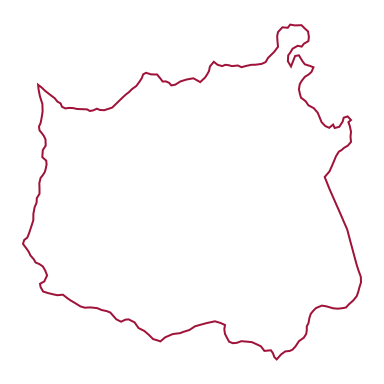 Araras, São Paulo, Brazil
{"feature_id": "56859067B145693711975", "entity_name": "Araras", "entity_type": "district", "adm_level": 2, "iso_a3": "BRA", "parent_name": "Brazil", "parent_adm1": "São Paulo", "projection": "mercator", "projection_center": [-47.322, -22.335], "detail": "fine", "context": "isolated", "style": "outline", "palette": "rose", "viewbox_px": 384, "rotation_deg": 0, "n_neighbors": 0, "source": "geoboundaries", "source_scale": "gbopen_adm2", "svg_char_len": 3089}
<svg xmlns="http://www.w3.org/2000/svg" viewBox="0 0 384 384"><path d="M308.4,41.1L308.9,36.8L308.0,31.4L304.4,28.1L301.5,25.2L294.9,25.4L290.2,24.6L287.7,27.8L282.4,27.3L278.0,32.1L277.2,36.0L277.4,40.3L278.0,46.8L274.0,52.1L268.1,57.8L265.6,62.1L261.6,63.9L255.7,64.7L251.4,64.8L245.8,66.0L241.5,67.2L237.9,65.5L231.9,66.1L228.6,65.2L225.3,64.8L222.2,66.1L217.6,64.8L213.8,61.8L209.9,66.5L209.0,71.1L207.3,74.1L205.1,77.5L200.2,82.1L193.4,78.3L186.7,79.5L180.5,81.4L175.2,84.7L171.3,85.4L169.1,82.8L165.8,81.4L162.6,81.5L160.6,78.8L157.1,74.5L151.1,74.4L146.1,72.8L143.1,74.4L141.9,78.0L139.2,82.1L136.3,86.0L132.0,89.1L128.9,92.2L126.1,94.3L122.8,97.3L112.2,107.6L104.3,110.2L100.0,110.0L96.8,108.7L93.5,110.3L89.9,111.0L87.1,109.4L83.2,109.2L77.0,109.0L73.3,108.1L69.1,107.9L65.3,108.4L62.0,106.8L60.6,103.4L57.4,101.6L54.7,98.2L50.8,95.3L45.3,91.0L41.6,87.5L38.1,84.8L38.6,89.7L39.9,96.2L41.2,100.3L42.4,104.0L42.6,111.6L41.7,117.4L40.6,123.0L39.0,126.5L39.5,130.4L41.9,133.2L43.8,135.9L45.5,139.4L45.7,145.6L42.8,150.1L42.3,157.2L46.2,160.6L46.6,164.4L45.7,168.9L44.7,172.2L42.7,175.3L40.6,177.9L39.3,183.3L39.5,188.2L39.5,193.8L36.8,198.1L36.6,202.6L34.6,207.3L33.4,213.8L33.3,220.4L30.2,229.8L28.9,233.7L27.3,237.6L24.2,240.0L23.0,243.9L26.5,248.6L28.9,252.1L30.4,255.4L33.8,259.3L35.6,262.5L39.4,264.1L42.8,266.4L45.2,270.5L47.1,275.4L44.3,281.4L40.0,283.8L40.6,287.1L43.1,291.5L47.8,293.0L52.2,294.1L57.2,295.2L62.9,294.7L67.5,298.3L70.7,300.5L75.0,303.0L80.4,306.4L84.9,307.7L90.1,307.4L97.1,308.1L101.6,310.0L106.7,311.1L110.3,312.5L116.3,319.3L121.0,321.7L125.6,319.6L128.7,319.4L134.6,322.4L138.5,328.0L144.4,331.0L148.8,334.8L153.1,339.1L157.3,340.3L160.4,341.4L165.2,337.3L172.9,334.0L179.9,333.2L183.9,331.7L189.4,330.0L195.0,326.3L201.8,324.4L206.6,323.1L214.9,321.3L220.6,323.0L225.0,325.0L224.3,329.3L225.0,333.9L227.1,338.0L229.1,341.7L232.8,343.2L237.0,342.8L241.2,341.2L246.5,341.6L252.1,342.2L255.6,343.8L260.8,346.2L264.4,350.9L270.9,350.3L272.9,353.1L274.3,357.0L276.7,359.4L281.1,354.4L285.3,351.4L289.5,351.0L292.5,349.7L295.5,346.4L298.9,341.2L303.7,337.8L306.2,334.0L306.8,330.0L306.8,326.3L308.5,323.1L309.4,317.9L310.8,313.8L313.1,311.0L315.9,308.1L321.8,305.6L326.6,306.4L333.2,308.3L338.1,308.7L342.9,308.1L346.0,307.5L348.8,304.4L353.1,300.6L356.7,296.2L358.3,291.7L359.3,287.7L361.0,282.4L360.8,276.8L358.5,270.5L356.7,264.9L350.0,240.1L347.2,229.4L343.7,221.5L342.4,218.4L340.5,214.0L331.8,194.3L329.7,189.5L324.7,177.0L329.5,171.4L332.4,164.9L334.4,160.1L336.0,156.2L338.8,151.7L341.5,150.1L344.1,147.8L347.9,145.6L351.0,141.9L350.5,136.7L351.0,131.7L349.8,126.1L348.4,122.2L351.0,120.0L347.6,116.4L343.7,117.7L342.6,121.7L339.3,126.8L334.7,128.0L333.1,124.6L329.2,127.8L325.4,126.1L321.6,122.2L317.7,112.7L313.7,108.1L308.4,105.3L305.6,101.2L301.0,97.7L299.9,93.8L298.9,89.3L299.8,84.1L301.6,81.0L304.8,76.9L308.9,74.3L311.5,71.9L313.5,67.3L310.4,66.1L304.8,64.3L302.5,61.3L298.9,55.3L295.1,56.0L291.0,66.5L287.9,61.3L288.2,55.4L290.2,52.7L292.6,48.7L297.7,45.8L301.7,46.6L303.9,43.7L308.4,41.1Z" fill="none" stroke="#9f1239" stroke-width="2"/></svg>